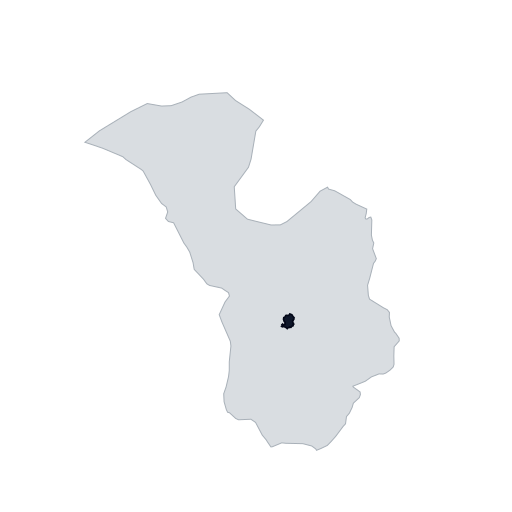 location of Kalsnavas pag., Madona, Latvia, rotated 53°
{"feature_id": "27541924B10280579441217", "entity_name": "Kalsnavas pag.", "entity_type": "district", "adm_level": 2, "iso_a3": "LVA", "parent_name": "Latvia", "parent_adm1": "Madona", "projection": "orthographic", "projection_center": [25.941, 56.721], "detail": "fine", "context": "in_parent", "style": "filled", "palette": "ink", "viewbox_px": 512, "rotation_deg": 53, "n_neighbors": 0, "source": "geoboundaries", "source_scale": "gbopen_adm2", "svg_char_len": 4349}
<svg xmlns="http://www.w3.org/2000/svg" viewBox="0 0 512 512"><g transform="rotate(53 256 256)"><path d="M363.8,372.7L361.0,372.2L353.2,369.2L346.6,364.7L342.6,358.7L335.8,350.5L331.4,346.3L324.4,341.0L312.8,330.2L308.6,327.8L288.1,322.9L280.7,320.7L274.1,308.4L272.0,301.3L268.7,300.0L265.0,301.4L261.0,302.7L251.6,310.8L248.6,312.0L242.9,311.9L229.5,313.4L223.5,310.3L213.1,306.6L207.4,305.9L202.3,305.8L179.9,301.8L175.7,305.2L171.5,305.6L167.7,300.0L162.8,298.2L157.2,299.8L147.2,299.5L135.4,297.2L120.3,295.0L118.0,295.5L100.8,301.8L96.6,302.6L77.5,313.7L62.2,324.2L61.8,305.7L65.4,269.1L68.8,251.1L79.4,241.2L84.9,233.3L88.5,222.4L90.0,212.3L92.6,204.0L108.2,180.8L119.5,178.8L134.9,173.0L152.0,168.3L154.8,175.5L156.2,181.0L175.7,201.7L180.6,208.6L187.6,231.7L206.2,243.9L221.4,240.7L228.1,235.3L240.3,225.3L245.8,217.8L247.1,210.6L245.7,179.3L242.8,165.8L244.1,157.4L246.2,157.8L251.3,153.9L267.8,146.7L271.0,146.4L274.8,144.9L285.2,139.3L288.4,142.4L291.2,145.9L292.7,146.0L293.4,144.7L293.3,142.5L294.0,140.9L296.9,141.8L308.8,151.3L313.4,153.5L316.5,154.1L320.3,158.5L330.5,161.5L331.8,163.8L332.6,166.6L342.2,178.6L346.5,184.5L355.1,190.0L358.8,191.3L373.8,185.5L377.9,183.5L381.4,183.4L384.9,186.3L393.0,190.1L400.3,191.2L401.7,190.9L407.8,191.2L410.0,192.7L411.6,200.3L418.8,206.1L425.5,210.9L427.2,213.2L427.8,217.6L427.6,222.8L426.8,225.5L424.2,228.7L422.0,236.6L421.8,244.0L418.3,257.0L419.2,257.2L427.2,254.7L429.5,256.0L431.3,258.8L432.1,266.8L434.8,270.4L437.7,276.0L438.7,280.4L443.9,285.5L444.5,288.9L448.0,300.9L449.4,307.8L450.2,313.1L448.8,320.0L447.6,324.6L446.0,324.4L441.3,325.8L434.1,331.5L423.5,344.9L420.7,347.9L418.1,358.0L417.4,359.0L411.0,358.7L409.2,358.5L402.8,358.8L388.7,356.5L383.3,358.3L376.3,368.5L373.5,370.0L365.2,371.5L363.8,372.7Z" fill="#d9dde1" stroke="#a8b0b8" stroke-width="1"/><path d="M322.3,271.4L322.4,271.5L322.5,271.5L322.4,271.5L322.5,271.6L322.7,271.8L322.8,271.8L322.9,272.0L323.0,272.0L323.4,272.3L323.5,272.3L323.8,272.4L324.0,272.5L324.1,272.4L324.3,272.4L324.7,272.6L325.0,272.9L325.3,272.9L325.7,272.8L325.7,272.7L326.2,272.5L326.5,272.5L326.8,272.8L327.0,272.9L327.0,273.4L327.3,273.5L327.3,273.4L327.6,273.4L327.7,273.6L327.8,273.6L327.8,273.8L328.1,274.0L328.3,274.1L327.9,274.8L327.7,275.1L327.7,275.3L327.6,275.2L327.5,275.4L327.3,275.5L327.1,275.7L326.3,275.6L326.4,276.7L326.8,276.7L327.1,276.8L327.5,276.9L327.5,277.0L327.5,277.3L327.5,277.6L327.4,277.8L327.4,278.0L327.5,278.1L327.8,277.9L328.2,277.6L328.3,277.6L328.5,277.6L328.6,277.4L328.8,277.3L328.7,277.3L328.7,277.2L328.8,277.1L328.8,276.9L328.7,276.7L328.8,276.5L328.8,276.4L329.3,276.0L329.5,276.0L329.6,275.9L330.0,275.8L330.2,275.6L330.3,275.6L330.7,275.3L330.9,275.2L331.1,275.2L331.3,275.0L331.3,274.9L331.6,275.0L331.8,274.8L332.4,274.9L332.7,274.8L332.9,274.8L332.9,274.7L332.7,274.3L332.6,274.2L332.5,273.8L332.5,273.7L332.6,273.4L333.1,272.9L332.9,272.5L333.0,272.4L332.9,272.3L332.7,272.2L332.7,271.9L332.9,271.8L333.0,271.7L333.3,271.6L333.6,271.6L334.1,271.1L334.1,270.9L333.9,270.7L334.0,270.5L334.2,270.3L334.3,270.2L334.5,270.2L334.4,270.2L334.2,270.2L334.1,270.3L333.9,270.4L333.8,270.2L333.8,269.9L333.8,269.7L333.7,269.6L333.6,269.4L333.8,269.3L333.8,269.0L333.9,268.9L334.0,268.8L334.1,268.7L334.1,268.4L334.0,268.2L333.9,268.1L333.6,268.0L333.2,267.9L333.1,267.7L333.0,267.4L333.1,267.1L333.2,266.9L332.8,266.7L332.2,266.5L332.0,266.8L331.8,266.7L331.7,266.7L331.4,266.8L331.0,266.5L330.8,266.5L330.5,266.3L330.4,266.2L330.1,266.1L330.1,265.9L330.1,265.7L329.9,265.7L329.7,265.6L329.8,265.4L329.8,265.2L329.8,264.9L329.7,264.8L329.7,264.7L329.5,264.4L329.4,264.4L329.4,264.2L329.4,263.9L329.3,263.7L329.2,263.6L328.9,263.4L328.7,263.2L328.4,263.0L328.3,262.9L328.2,262.9L328.2,262.7L327.2,262.7L327.1,262.8L326.4,263.0L325.7,262.7L325.4,262.6L325.2,262.7L324.9,262.6L324.1,262.8L323.4,263.4L322.8,263.6L322.5,263.8L322.6,264.0L322.7,264.3L322.8,264.4L322.9,264.5L322.8,264.8L323.0,265.3L323.1,265.9L323.1,266.0L322.9,266.3L322.7,266.3L322.4,266.7L322.3,266.9L322.1,266.9L322.1,267.1L321.9,267.2L321.8,267.3L321.7,267.3L321.6,267.5L321.4,267.8L321.4,268.0L321.5,268.2L321.5,268.3L321.6,268.5L321.7,268.8L321.8,268.9L321.8,269.0L322.0,269.1L322.1,269.9L322.2,270.0L322.1,270.3L322.1,270.5L322.0,270.9L322.2,271.1L322.3,271.3L322.3,271.4Z" fill="#0f172a" stroke="#020617" stroke-width="1.5"/></g></svg>